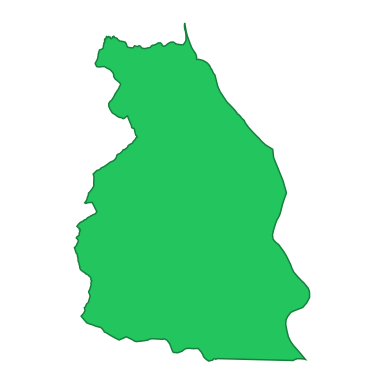 outline of Zambrano, Bolívar, Colombia
{"feature_id": "7082276B24623397402700", "entity_name": "Zambrano", "entity_type": "district", "adm_level": 2, "iso_a3": "COL", "parent_name": "Colombia", "parent_adm1": "Bolívar", "projection": "natural_earth1", "projection_center": [-74.909, 9.762], "detail": "fine", "context": "isolated", "style": "filled", "palette": "green", "viewbox_px": 384, "rotation_deg": 0, "n_neighbors": 0, "source": "geoboundaries", "source_scale": "gbopen_adm2", "svg_char_len": 5755}
<svg xmlns="http://www.w3.org/2000/svg" viewBox="0 0 384 384"><path d="M305.4,359.4L298.2,350.8L293.6,345.7L290.7,341.6L288.4,336.9L286.9,330.7L285.7,324.3L286.1,319.7L287.8,316.3L290.8,312.4L293.6,311.0L302.8,307.4L306.7,302.9L309.6,297.4L309.5,291.7L308.2,288.2L303.9,282.9L301.5,280.7L297.5,276.5L293.7,272.0L291.8,268.1L290.7,264.8L287.3,257.8L285.6,254.6L283.9,251.8L278.8,244.8L275.4,242.0L273.1,239.2L272.8,237.6L272.5,234.7L273.5,230.3L275.4,224.0L276.7,220.5L279.4,215.6L280.5,212.3L282.6,204.0L284.8,197.4L286.3,193.6L286.3,192.3L283.0,180.7L273.6,157.5L272.7,149.3L265.4,144.8L261.4,141.1L259.4,138.7L256.9,136.3L252.9,132.2L248.4,127.2L245.2,122.8L244.3,120.6L243.8,120.1L243.3,119.5L241.4,118.0L241.3,117.7L240.5,116.5L238.7,114.6L237.1,113.7L236.8,112.6L235.5,111.1L235.4,110.8L231.8,106.9L226.8,101.8L220.1,91.7L217.7,86.2L214.9,75.0L213.5,73.4L211.5,69.0L210.9,68.8L210.8,68.6L210.3,67.2L209.8,66.1L208.6,64.4L207.3,63.1L206.0,62.1L202.9,60.4L198.8,59.4L197.9,59.3L196.8,59.5L196.5,58.9L196.5,58.0L196.6,57.8L196.5,56.3L195.9,54.5L195.1,52.8L194.1,51.5L192.8,49.5L191.5,47.2L188.8,40.2L188.1,38.1L187.3,35.9L186.3,32.0L185.0,24.9L184.9,23.0L184.5,24.0L184.5,27.3L184.6,28.3L185.0,30.1L185.4,30.9L185.8,33.7L186.0,35.4L186.0,40.1L185.5,41.4L184.5,43.1L183.3,44.5L182.9,44.8L181.5,44.9L180.1,44.6L177.0,44.2L175.6,43.7L175.1,43.2L173.5,42.1L171.3,42.1L169.7,42.6L169.3,42.9L167.5,44.0L166.2,45.2L165.6,45.6L165.2,45.8L163.6,46.3L163.2,46.1L162.6,45.7L161.9,44.4L160.7,43.0L160.3,42.9L158.4,42.9L158.1,43.2L157.3,43.4L156.0,44.4L155.6,44.6L153.5,45.2L152.5,45.2L151.1,46.2L150.8,46.7L150.4,47.4L147.4,48.0L144.9,48.6L142.1,48.2L141.2,47.4L140.7,46.6L140.1,46.0L139.8,45.9L139.0,45.8L138.7,46.0L138.4,46.4L138.2,46.5L136.5,46.4L134.7,45.8L134.3,46.0L133.4,47.5L132.7,47.9L132.1,47.9L128.4,47.4L127.7,47.1L127.0,46.2L126.5,44.5L126.1,43.5L125.2,42.1L122.1,41.3L120.0,41.1L119.4,40.7L117.7,39.4L116.6,38.0L115.0,37.8L113.8,36.2L113.7,36.2L113.4,36.6L113.0,36.7L112.9,37.1L112.6,37.0L112.5,37.7L112.2,37.7L112.0,38.1L111.2,38.7L110.5,38.3L110.4,38.0L110.0,37.8L110.2,37.2L109.4,37.2L109.2,36.8L108.9,36.5L108.7,36.7L107.8,36.9L107.5,37.4L106.7,36.5L106.4,36.8L106.5,37.3L106.0,37.8L105.7,38.4L105.7,39.1L105.6,39.4L105.4,39.4L105.1,38.8L104.8,39.0L104.5,40.0L104.6,40.7L105.0,41.1L105.0,41.3L104.6,41.7L104.6,42.4L104.2,42.6L104.2,43.0L103.9,43.1L103.7,44.9L103.3,45.8L103.4,47.1L103.3,47.6L103.2,47.9L102.0,49.1L99.5,50.0L98.7,52.2L98.3,54.2L97.9,57.2L97.5,58.8L96.7,60.7L95.3,63.1L95.3,63.9L96.5,66.2L96.7,66.5L97.4,66.8L99.8,67.0L101.1,66.7L103.1,66.6L104.5,66.6L105.0,66.8L105.5,67.1L106.2,67.7L109.8,69.5L111.1,70.6L111.6,71.3L112.2,71.8L112.9,72.9L113.4,73.5L113.5,73.9L113.7,76.3L114.2,77.6L114.9,78.6L115.5,79.3L118.5,81.7L119.8,82.9L120.4,83.7L120.5,84.5L120.3,85.3L119.5,86.5L119.0,87.9L118.3,89.2L116.9,91.2L115.2,93.8L113.7,96.9L111.5,100.3L110.9,100.9L110.3,101.1L109.6,102.2L108.8,103.3L108.7,104.1L108.8,105.8L108.9,106.6L110.2,109.5L110.8,110.5L111.4,111.4L111.9,112.3L112.2,112.7L113.5,113.7L114.8,114.4L115.8,115.1L116.4,115.7L118.9,117.2L120.9,117.6L121.3,117.5L122.9,118.6L123.4,118.7L124.4,118.2L124.9,117.9L125.4,117.3L127.4,115.9L127.6,115.9L128.4,118.5L131.2,125.0L131.5,126.0L131.6,127.3L131.8,127.7L132.4,128.1L133.6,128.3L134.1,128.7L134.5,129.6L134.7,131.0L135.7,134.9L137.0,136.4L137.3,136.9L136.6,137.3L135.8,138.2L135.3,139.3L134.9,139.8L133.2,141.5L132.6,142.8L132.4,143.1L129.9,144.4L128.2,145.6L127.6,147.0L127.3,147.5L125.8,148.6L125.2,149.5L124.2,149.5L123.3,149.7L122.8,150.3L122.4,151.2L120.3,153.2L119.7,153.6L118.0,154.2L117.4,154.6L116.9,155.3L116.6,156.2L116.0,158.2L114.7,159.7L113.7,160.6L112.9,161.0L110.8,161.9L109.6,162.6L108.8,163.3L106.2,165.2L103.9,166.7L101.4,167.8L99.8,169.4L99.0,169.9L97.4,170.3L96.8,170.5L96.2,171.1L93.2,174.0L94.0,177.0L93.8,180.8L93.8,181.7L93.7,183.4L93.8,185.2L93.7,186.3L92.2,188.8L89.9,191.8L88.6,193.0L88.4,193.4L88.5,194.2L88.4,194.8L87.4,197.4L87.0,199.2L86.2,200.9L84.7,202.8L85.8,203.4L87.9,202.7L90.0,202.5L91.9,202.5L92.2,202.4L96.8,211.6L95.9,213.0L95.6,213.7L93.3,214.6L87.6,217.7L86.0,219.5L84.7,219.8L82.9,221.1L80.4,222.4L79.2,223.4L76.9,226.3L78.7,228.1L79.4,228.4L80.1,229.5L79.4,229.9L80.0,230.5L80.0,231.1L79.9,231.5L79.6,231.8L79.3,233.0L79.1,233.6L79.3,234.0L79.3,234.9L77.8,236.4L77.4,236.5L76.6,237.2L76.4,237.7L76.4,238.2L77.3,238.9L77.9,239.7L78.3,240.8L78.3,241.2L77.8,242.4L77.0,243.8L76.6,245.2L75.8,246.3L74.4,247.6L76.3,253.3L76.5,253.5L76.9,253.6L77.0,253.9L77.5,255.8L77.5,256.3L77.8,257.5L78.1,258.1L78.0,259.2L78.1,260.6L78.2,261.3L79.0,263.0L79.2,264.9L79.8,266.3L79.8,266.7L79.6,267.1L80.4,269.5L80.7,269.8L82.8,271.5L83.0,271.7L84.0,272.2L84.9,273.0L85.6,273.3L85.7,273.8L87.0,274.3L88.3,275.1L88.8,275.9L89.7,276.3L89.9,276.8L90.7,277.4L91.0,278.7L90.8,279.3L90.9,279.5L91.4,280.7L91.8,280.9L91.3,281.6L90.9,283.0L91.2,284.6L89.6,290.1L88.8,291.0L88.7,292.2L89.7,294.6L90.1,296.1L88.4,302.3L86.5,304.1L85.3,307.0L84.3,307.7L85.1,310.3L83.7,313.2L81.1,316.2L86.7,322.8L89.7,324.0L92.2,324.7L94.6,325.7L97.9,326.8L100.5,327.3L102.3,328.9L103.5,330.3L104.3,331.9L106.3,332.8L110.3,335.3L113.3,337.0L119.1,340.0L126.4,336.8L132.7,339.9L134.4,341.0L136.2,341.6L141.3,341.1L147.5,340.2L149.7,339.1L152.0,338.7L162.9,339.3L164.5,338.9L167.0,340.2L169.8,343.9L172.4,350.9L173.3,352.4L177.6,352.8L182.1,351.2L183.8,349.8L186.1,348.5L189.1,348.3L193.4,348.7L196.0,348.5L198.2,348.5L201.6,352.4L202.8,354.7L203.4,356.3L204.5,357.9L206.8,359.8L208.5,361.0L209.1,360.7L209.8,360.9L210.6,360.5L212.4,360.2L212.7,360.0L213.4,359.1L213.8,358.8L214.4,358.7L215.5,359.2L215.9,359.2L217.4,358.6L293.2,360.5L294.7,359.6L296.0,359.2L297.1,358.7L300.9,358.7L302.2,358.9L303.5,358.9L305.4,359.4Z" fill="#22c55e" stroke="#15803d" stroke-width="1.5"/></svg>